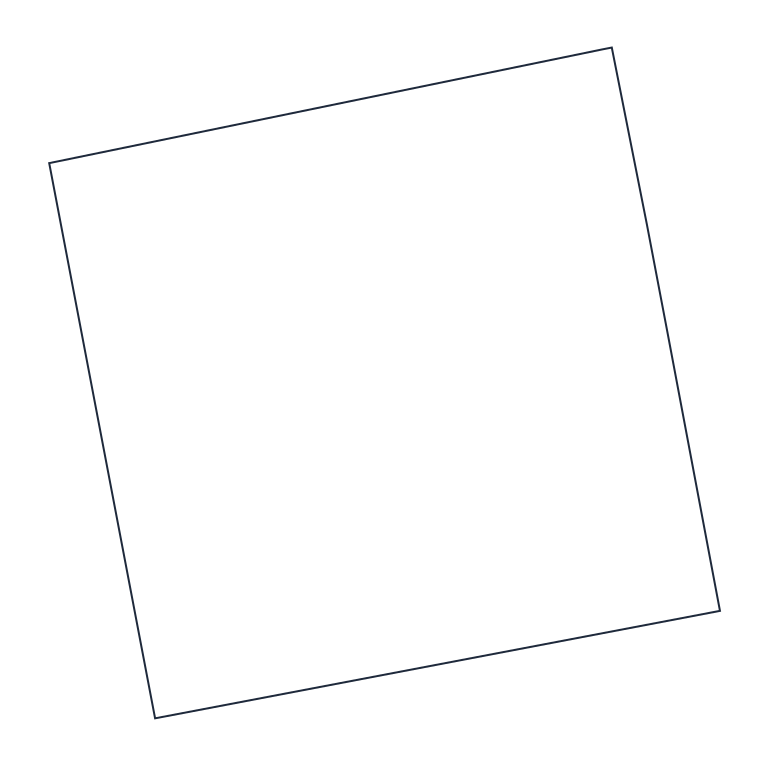 the district of Clinton, Michigan, United States of America, rotated 259°
{"feature_id": "52423323B76154940734365", "entity_name": "Clinton", "entity_type": "district", "adm_level": 2, "iso_a3": "USA", "parent_name": "United States of America", "parent_adm1": "Michigan", "projection": "albers", "projection_center": [-84.531, 42.944], "detail": "fine", "context": "isolated", "style": "outline", "palette": "slate", "viewbox_px": 768, "rotation_deg": 259, "n_neighbors": 0, "source": "geoboundaries", "source_scale": "gbopen_adm2", "svg_char_len": 257}
<svg xmlns="http://www.w3.org/2000/svg" viewBox="0 0 768 768"><g transform="rotate(259 384 384)"><path d="M664.7,97.5L99.5,95.5L97.2,670.5L381.1,672.1L490.6,672.5L670.8,671.8L670.8,662.2L664.7,97.5Z" fill="none" stroke="#1e293b" stroke-width="2"/></g></svg>